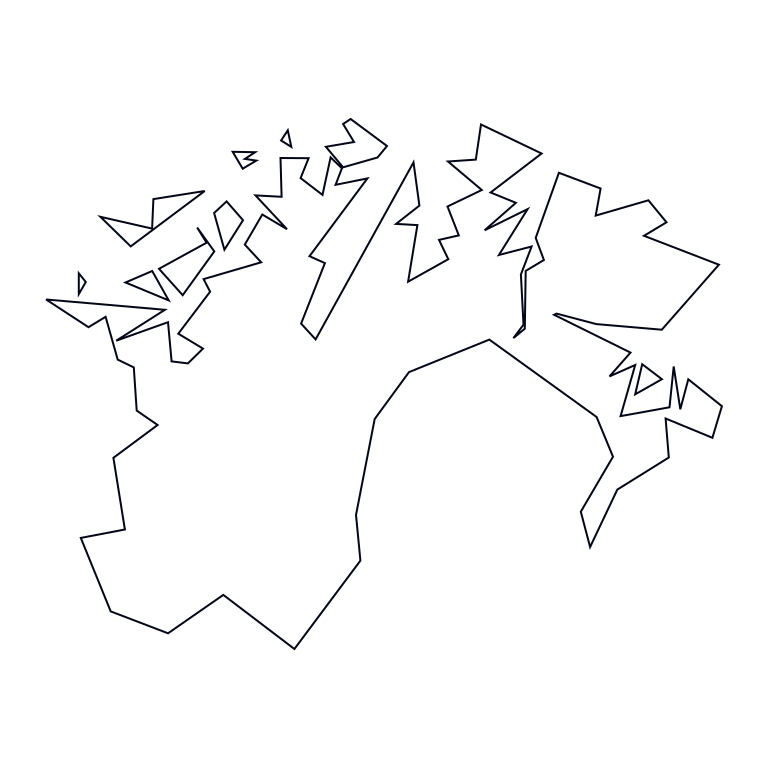 outline of Finnmark
{"feature_id": "NOR-1062", "entity_name": "Finnmark", "entity_type": "County", "adm_level": 1, "iso_a3": "NOR", "parent_name": "Norway", "parent_adm1": "", "projection": "orthographic", "projection_center": [25.614, 69.86], "detail": "medium", "context": "isolated", "style": "outline", "palette": "ink", "viewbox_px": 768, "rotation_deg": 0, "n_neighbors": 0, "source": "natural_earth", "source_scale": "10m", "svg_char_len": 1917}
<svg xmlns="http://www.w3.org/2000/svg" viewBox="0 0 768 768"><path d="M590.1,547.0L580.8,511.7L613.0,456.7L596.6,417.0L489.3,339.6L409.0,372.1L374.7,419.0L356.0,514.9L360.4,560.6L294.4,649.0L223.3,594.9L168.0,633.3L110.7,611.4L80.8,537.9L124.9,529.5L113.4,457.8L157.6,425.0L136.7,410.6L133.8,367.4L117.7,359.6L105.6,316.8L88.5,327.2L46.1,299.5L164.9,309.8L116.2,340.7L168.0,322.2L171.6,361.4L187.9,363.4L203.0,348.6L178.3,333.7L210.1,291.7L203.6,279.1L261.2,262.3L244.8,244.6L262.3,214.5L287.0,229.2L255.5,195.4L281.6,196.8L280.5,158.0L308.6,158.2L300.6,178.1L322.5,194.9L330.6,157.4L341.9,168.3L335.6,184.8L367.4,178.4L309.5,256.2L324.9,263.1L301.1,323.6L315.6,339.4L413.5,162.4L419.4,205.6L396.1,223.9L417.4,225.1L408.1,281.7L448.3,259.2L439.0,239.9L458.8,235.4L447.5,206.5L481.8,190.0L448.0,161.5L475.8,159.6L481.0,124.5L541.6,153.5L490.6,192.5L515.9,202.8L484.6,230.3L527.6,209.1L498.9,255.0L531.6,246.5L520.9,274.5L523.5,324.7L513.4,338.1L524.8,328.7L525.7,270.9L543.9,260.0L535.7,237.9L558.9,172.8L600.6,188.5L595.7,215.6L648.4,200.3L666.5,222.3L644.0,235.8L718.9,264.7L661.8,329.7L596.3,324.1L556.6,313.6L554.1,314.8L630.5,352.6L609.5,376.4L635.2,365.0L620.6,416.1L669.5,407.3L673.7,366.5L680.3,409.3L688.3,379.3L721.9,406.2L712.4,437.8L665.6,418.5L668.8,457.5L617.3,489.6L590.1,547.0ZM130.7,246.4L100.4,216.8L152.1,228.6L153.4,199.1L204.7,191.0L130.7,246.4ZM214.3,251.4L182.7,295.2L159.0,268.8L206.6,242.7L197.1,227.5L214.3,251.4ZM350.6,119.0L387.0,146.0L377.5,157.5L343.1,167.3L325.9,146.8L354.0,142.0L343.1,124.0L350.6,119.0ZM243.0,220.2L224.4,249.7L214.1,213.0L226.6,201.4L243.0,220.2ZM152.2,271.0L168.7,300.4L125.5,282.5L152.2,271.0ZM642.2,364.2L661.9,379.2L635.2,394.3L642.2,364.2ZM244.9,158.9L256.3,160.6L242.7,168.7L232.7,151.8L255.1,152.2L244.9,158.9ZM78.8,273.3L85.8,282.0L78.8,294.1L78.8,273.3ZM287.8,130.3L291.3,146.9L281.1,140.5L287.8,130.3Z" fill="none" stroke="#020617" stroke-width="2"/></svg>